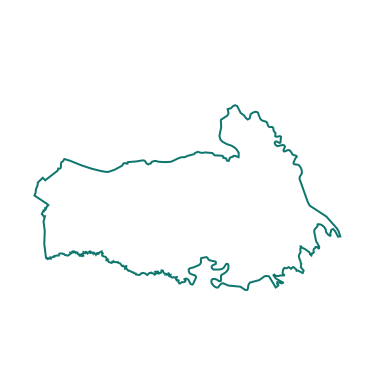 Mueang Surat Thani, Surat Thani, Thailand, rotated 101°
{"feature_id": "78962969B86261158660404", "entity_name": "Mueang Surat Thani", "entity_type": "district", "adm_level": 2, "iso_a3": "THA", "parent_name": "Thailand", "parent_adm1": "Surat Thani", "projection": "albers", "projection_center": [99.361, 9.1], "detail": "fine", "context": "isolated", "style": "outline", "palette": "teal", "viewbox_px": 384, "rotation_deg": 101, "n_neighbors": 0, "source": "geoboundaries", "source_scale": "gbopen_adm2", "svg_char_len": 6064}
<svg xmlns="http://www.w3.org/2000/svg" viewBox="0 0 384 384"><g transform="rotate(101 192 192)"><path d="M242.4,335.2L243.4,333.6L244.3,333.0L243.9,331.7L249.3,332.1L258.4,329.1L271.2,327.1L284.4,322.8L285.4,321.1L285.1,320.4L284.4,320.5L284.5,318.1L283.3,318.4L283.5,317.7L282.0,315.8L281.9,314.9L281.3,315.1L280.3,313.1L279.8,310.7L278.0,310.5L277.4,309.4L277.1,307.1L277.5,306.5L277.4,305.6L278.0,304.8L278.2,302.2L277.8,301.2L275.5,299.2L274.8,299.8L274.7,299.0L274.2,298.7L274.2,297.8L273.6,297.9L273.6,296.9L273.0,297.2L272.9,296.5L273.6,296.4L273.1,295.5L273.9,294.5L273.3,294.1L273.1,293.6L273.5,292.8L274.6,292.4L274.9,291.0L274.6,289.9L275.2,290.9L275.8,290.4L275.0,289.5L275.9,289.2L275.5,288.2L275.9,287.3L275.4,286.7L274.8,287.9L274.1,287.4L273.7,287.9L273.1,287.0L271.7,287.1L272.3,285.6L271.5,285.2L272.0,284.6L271.2,284.3L272.1,283.0L271.4,283.0L271.2,281.4L270.7,281.9L270.4,281.5L270.7,280.8L269.8,280.6L270.1,280.1L270.9,280.4L271.2,279.9L270.9,279.3L270.4,279.3L270.7,278.6L270.4,277.8L271.0,277.4L270.4,277.3L270.3,276.6L270.9,276.3L271.2,275.4L271.0,274.9L271.8,274.3L270.3,273.7L270.1,273.3L270.8,272.9L270.6,272.0L269.4,271.7L267.8,269.7L268.4,269.7L268.5,268.6L269.1,268.0L269.6,268.4L270.1,268.0L271.2,268.2L271.9,267.6L272.2,264.5L272.8,263.6L274.0,263.2L274.2,261.9L275.3,262.8L275.8,261.1L276.6,260.3L277.0,257.5L276.4,256.8L275.8,256.9L275.8,256.2L274.9,255.9L275.6,254.4L275.2,252.9L275.4,251.8L275.0,251.4L275.5,251.0L275.9,248.8L278.1,246.4L277.5,245.5L278.1,245.0L278.1,243.9L277.3,242.4L278.3,242.2L279.3,243.1L280.1,243.1L279.6,241.9L281.5,239.4L281.1,238.4L282.2,235.3L282.1,234.3L282.8,233.7L282.7,231.7L283.7,231.2L283.5,228.0L282.3,226.5L281.5,226.3L280.7,224.5L280.9,222.5L282.0,220.0L279.8,218.6L278.9,216.5L279.3,216.2L279.3,214.0L280.3,213.0L279.7,212.3L278.7,212.3L278.5,211.5L277.3,212.7L276.6,210.6L277.1,209.7L278.4,209.3L278.1,208.4L277.6,208.3L277.4,207.4L276.2,206.9L274.8,207.0L274.7,206.5L274.9,205.4L275.7,205.2L277.1,203.9L277.4,202.2L278.0,202.2L277.5,201.4L278.0,201.1L277.4,199.7L276.3,199.6L276.3,199.3L277.0,198.5L278.2,199.0L278.5,198.5L277.9,197.5L279.0,197.8L278.9,196.7L279.5,196.2L279.8,195.0L279.1,193.9L279.3,193.0L278.4,190.7L278.9,190.7L279.2,191.7L279.9,191.5L281.7,190.1L281.2,189.1L281.4,188.2L283.0,188.2L284.2,187.0L284.1,186.3L282.5,184.8L282.0,182.7L281.3,181.7L280.3,181.4L279.4,182.6L278.9,182.8L278.0,181.2L278.7,178.9L282.5,175.9L282.9,174.2L282.1,173.4L275.6,171.8L274.3,171.9L273.3,173.3L272.8,177.1L272.1,178.9L270.6,180.0L268.5,180.4L267.4,179.6L265.8,176.3L262.4,171.2L261.1,170.2L259.5,169.7L256.2,170.5L255.1,170.3L253.2,165.6L253.5,164.5L255.2,162.8L255.7,161.7L255.8,155.8L256.2,155.2L258.0,154.9L260.2,157.9L261.4,158.5L263.0,158.0L264.0,156.2L263.1,151.2L261.9,147.9L260.3,146.4L256.1,144.7L255.8,143.2L257.0,142.2L260.0,141.7L262.4,142.3L264.8,143.9L267.7,147.1L268.6,147.6L272.8,146.7L273.9,146.8L274.4,148.3L273.3,150.9L272.9,153.0L273.5,155.1L274.4,155.9L275.9,156.0L277.9,155.2L280.3,152.4L281.1,149.9L280.8,148.3L276.7,146.1L275.6,144.4L276.9,138.4L275.7,126.4L277.8,121.6L277.9,120.0L277.6,119.2L276.6,118.7L272.4,118.9L269.9,117.9L265.6,109.1L261.1,104.9L260.3,103.4L260.1,100.3L269.7,91.6L267.3,89.4L266.5,89.9L265.8,91.0L264.1,91.0L264.6,86.7L264.0,85.5L263.5,85.4L261.2,92.5L260.2,94.1L258.2,96.1L257.4,95.4L258.4,93.5L258.0,91.0L257.2,89.8L256.4,85.9L255.9,85.7L254.9,87.3L254.2,87.6L250.7,87.7L248.9,86.9L248.9,84.7L247.3,82.7L248.5,80.1L246.5,78.7L246.4,78.0L247.9,75.2L249.4,74.3L248.8,73.2L250.4,67.9L247.9,67.4L245.1,70.8L241.4,71.1L240.7,71.9L238.7,72.5L237.7,73.5L234.6,74.9L232.7,74.8L230.4,73.9L227.2,74.9L226.4,74.5L224.7,75.1L224.6,74.4L225.7,73.5L226.4,70.3L228.8,65.2L230.7,64.1L231.5,62.7L229.4,62.5L228.9,61.4L227.9,60.9L226.7,61.5L225.4,61.6L224.2,61.2L223.0,60.1L222.4,60.1L222.1,58.3L223.3,57.2L223.0,56.5L221.4,56.7L216.4,60.9L207.5,64.5L205.6,64.6L201.7,62.3L200.0,62.6L199.5,62.2L199.4,59.0L201.1,55.6L203.1,53.7L206.0,52.6L208.0,50.0L208.7,48.1L208.4,47.7L206.0,48.4L204.4,48.0L203.1,48.1L202.2,47.7L201.4,46.4L203.4,43.8L208.0,40.1L207.3,38.0L202.5,40.6L199.8,43.2L190.4,55.5L182.9,73.9L179.8,76.4L158.5,89.0L156.5,89.1L153.4,87.9L151.6,87.8L148.2,89.2L145.5,91.8L145.0,93.2L145.3,97.0L144.6,97.8L143.4,97.9L139.5,97.0L137.5,95.9L136.7,96.2L136.1,100.4L133.6,102.6L132.4,104.3L132.5,105.7L134.5,108.7L134.6,109.6L133.7,110.2L129.7,109.4L128.6,110.4L128.6,112.2L130.7,116.9L129.8,119.0L128.1,120.2L126.6,119.8L126.3,118.8L127.1,115.3L126.7,114.6L120.7,115.2L120.4,116.5L121.7,119.5L121.3,121.0L118.3,121.2L116.4,123.5L113.5,124.6L112.9,125.7L113.4,127.9L113.2,129.1L112.3,130.1L109.8,131.4L108.9,132.5L108.5,136.4L107.9,138.0L106.8,139.2L101.5,142.5L101.1,143.6L101.2,145.1L102.1,146.9L103.7,148.7L105.2,149.4L108.7,149.4L110.2,151.2L109.1,153.2L107.0,155.4L105.1,159.3L99.0,164.1L98.6,166.3L99.8,168.0L102.3,169.7L103.8,172.8L107.7,171.2L110.2,171.8L115.5,177.3L116.6,177.3L122.7,175.7L131.6,175.8L135.0,174.2L136.7,171.9L138.3,167.2L139.0,162.0L140.4,158.4L141.7,156.3L144.7,153.6L148.9,152.9L148.3,157.0L148.7,158.3L149.7,158.7L150.1,159.9L151.2,161.3L154.5,161.9L154.5,163.8L152.5,164.9L152.5,167.8L151.2,168.0L150.7,169.9L151.7,176.8L149.9,179.5L150.6,186.5L151.5,188.7L151.8,191.5L151.4,193.8L153.1,196.5L154.5,197.2L157.3,203.2L159.2,205.7L159.8,208.8L161.5,211.8L166.1,218.0L166.6,219.3L167.9,224.5L168.7,230.7L168.4,233.4L168.7,234.8L170.1,237.3L171.9,237.9L172.6,239.7L173.3,240.3L172.6,242.2L171.6,242.9L170.3,244.5L170.3,246.3L172.7,252.7L174.8,260.4L175.2,260.8L176.4,260.7L176.7,261.7L176.3,262.5L177.0,264.7L179.5,265.6L184.9,272.2L188.2,277.9L188.6,279.6L188.8,284.8L188.3,294.7L187.0,305.3L184.6,317.6L184.0,323.6L186.6,324.6L187.5,325.7L189.0,326.1L192.9,325.4L193.9,325.7L194.4,326.3L194.5,327.8L196.7,328.0L208.5,338.3L206.5,341.2L212.1,345.1L215.6,344.9L218.7,345.7L222.6,345.4L225.5,346.0L231.4,331.9L232.3,330.5L234.2,331.8L235.8,332.1L235.8,332.7L236.4,332.4L236.5,332.8L237.6,332.9L237.5,333.3L238.5,333.5L238.6,334.1L239.2,333.9L239.3,334.4L242.4,335.2Z" fill="none" stroke="#0f766e" stroke-width="2"/></g></svg>